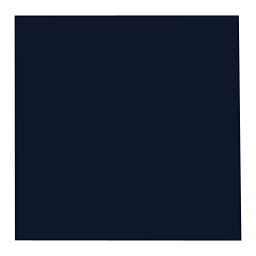 the district of King, Texas, United States of America
{"feature_id": "52423323B16867264390271", "entity_name": "King", "entity_type": "district", "adm_level": 2, "iso_a3": "USA", "parent_name": "United States of America", "parent_adm1": "Texas", "projection": "robinson", "projection_center": [-100.265, 33.617], "detail": "fine", "context": "isolated", "style": "filled", "palette": "ink", "viewbox_px": 256, "rotation_deg": 0, "n_neighbors": 0, "source": "geoboundaries", "source_scale": "gbopen_adm2", "svg_char_len": 198}
<svg xmlns="http://www.w3.org/2000/svg" viewBox="0 0 256 256"><path d="M15.7,239.6L240.6,239.8L238.1,16.2L215.9,16.2L15.4,16.3L15.7,239.6Z" fill="#0f172a" stroke="#020617" stroke-width="1.5"/></svg>